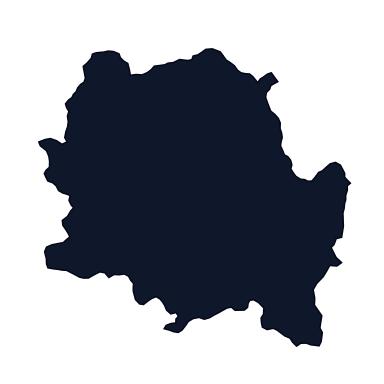 Laranja da Terra, Espírito Santo, Brazil, rotated 185°
{"feature_id": "56859067B33263389973622", "entity_name": "Laranja da Terra", "entity_type": "district", "adm_level": 2, "iso_a3": "BRA", "parent_name": "Brazil", "parent_adm1": "Espírito Santo", "projection": "mercator", "projection_center": [-41.056, -19.874], "detail": "fine", "context": "isolated", "style": "filled", "palette": "ink", "viewbox_px": 384, "rotation_deg": 185, "n_neighbors": 0, "source": "geoboundaries", "source_scale": "gbopen_adm2", "svg_char_len": 3116}
<svg xmlns="http://www.w3.org/2000/svg" viewBox="0 0 384 384"><g transform="rotate(185 192 192)"><path d="M35.0,214.6L38.7,217.7L41.3,220.2L41.5,223.8L43.7,227.4L46.5,231.7L51.6,234.0L56.7,232.2L60.6,228.2L64.0,224.4L67.5,222.6L70.9,217.0L73.5,213.4L77.5,212.8L80.8,214.2L85.0,214.2L89.8,216.6L93.0,220.2L95.6,223.7L94.9,227.8L96.5,232.2L99.8,235.7L103.1,236.9L105.4,241.4L107.8,245.7L107.7,249.4L106.9,254.1L107.8,258.3L109.8,263.0L110.1,268.5L112.5,273.0L116.6,276.8L120.6,279.4L123.9,286.0L126.9,292.6L126.6,297.6L123.6,301.2L122.8,304.8L119.3,307.3L116.1,309.4L119.6,313.3L123.4,317.7L127.2,316.0L130.2,313.3L133.7,310.7L136.1,306.7L138.8,309.5L141.4,312.2L144.9,314.6L149.1,314.5L153.5,315.0L157.3,317.3L160.8,321.5L165.0,324.1L169.5,326.5L172.7,330.3L176.1,334.1L184.3,336.4L190.7,335.3L194.6,331.9L198.2,329.1L202.7,327.6L203.7,323.9L207.2,322.7L210.7,322.7L215.9,322.9L222.1,319.2L227.1,318.3L230.1,316.4L235.7,315.1L240.5,314.1L243.2,310.4L246.8,307.1L252.0,304.3L257.9,304.2L263.6,302.9L265.1,308.5L267.2,314.5L271.3,316.4L275.0,319.5L276.8,323.3L282.4,325.1L287.8,325.1L292.0,323.7L295.6,323.1L299.7,322.3L303.2,320.7L304.0,316.4L307.9,311.1L311.3,307.7L309.7,301.8L308.1,295.9L309.2,292.0L312.4,289.4L315.0,285.6L316.1,281.9L318.6,279.0L319.9,275.5L322.9,273.0L325.7,268.8L324.2,265.1L321.7,261.6L322.7,256.7L321.4,251.3L321.6,246.1L322.9,241.0L323.5,235.1L320.8,231.0L325.7,228.2L331.4,231.3L337.7,232.9L342.6,231.6L349.0,228.5L347.1,224.8L340.5,220.4L337.7,215.0L336.5,210.0L336.2,204.2L339.3,200.9L340.7,197.5L339.0,194.3L336.5,190.3L331.9,189.2L327.9,186.4L325.0,181.8L320.8,179.8L316.5,178.9L313.1,177.9L313.8,172.9L311.1,168.3L308.5,166.0L311.1,162.7L313.9,156.8L318.7,152.4L317.8,147.6L314.3,143.4L311.6,139.7L309.8,136.6L313.3,133.2L315.8,130.4L320.8,129.0L327.0,127.2L332.1,124.4L333.6,119.6L331.3,113.0L330.6,107.6L328.9,103.9L323.5,103.4L318.8,103.3L315.0,102.9L310.1,103.0L305.6,101.2L301.3,99.4L296.7,97.4L292.6,96.8L287.6,97.3L284.1,99.8L280.9,101.9L276.8,104.4L271.7,103.9L267.4,99.6L262.5,103.0L257.4,103.2L252.2,104.4L247.9,102.6L245.3,98.7L242.3,95.8L242.2,92.0L241.9,88.3L240.6,84.6L238.9,79.9L234.4,75.9L230.5,75.7L225.9,80.0L222.6,82.6L218.5,84.6L214.5,82.6L211.9,80.0L209.4,76.7L207.0,72.1L202.5,68.7L197.4,70.5L194.7,67.1L196.9,64.0L196.7,60.1L201.6,59.1L206.1,56.9L207.8,53.4L202.3,52.4L198.0,51.2L193.4,50.9L189.9,53.6L187.0,58.0L184.4,62.7L179.7,66.1L174.0,67.7L168.7,66.3L163.5,68.3L159.4,71.3L155.2,73.9L151.9,76.2L147.0,79.5L142.7,80.7L138.8,77.9L134.5,78.4L129.6,78.9L126.6,81.9L126.4,85.8L125.0,89.2L121.2,90.0L116.3,87.8L110.4,82.8L110.1,76.5L112.2,72.5L111.4,67.8L110.1,63.5L105.2,61.5L99.2,63.3L95.3,61.9L91.5,59.5L87.0,56.7L81.6,55.0L78.7,51.2L74.4,47.6L70.5,50.8L64.9,51.4L60.2,50.1L55.9,50.0L52.0,49.8L50.3,54.2L49.9,63.3L52.7,67.5L52.5,72.0L51.9,80.0L60.2,90.0L60.5,97.0L62.8,105.2L59.7,111.9L54.0,118.9L51.0,124.9L48.4,130.8L41.2,130.9L36.8,134.7L42.8,139.4L48.6,148.8L46.0,151.9L44.2,158.2L39.0,159.9L38.2,171.0L39.8,184.3L39.0,188.9L39.0,193.7L38.2,197.6L38.6,202.0L37.4,207.4L37.9,211.6L35.0,214.6Z" fill="#0f172a" stroke="#020617" stroke-width="1.5"/></g></svg>